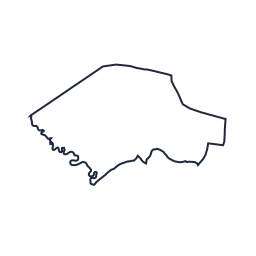 outline of Yalimo, Papua, Indonesia, rotated 207°
{"feature_id": "22746128B10188501962211", "entity_name": "Yalimo", "entity_type": "district", "adm_level": 2, "iso_a3": "IDN", "parent_name": "Indonesia", "parent_adm1": "Papua", "projection": "orthographic", "projection_center": [139.502, -3.785], "detail": "fine", "context": "isolated", "style": "outline", "palette": "slate", "viewbox_px": 256, "rotation_deg": 207, "n_neighbors": 0, "source": "geoboundaries", "source_scale": "gbopen_adm2", "svg_char_len": 3595}
<svg xmlns="http://www.w3.org/2000/svg" viewBox="0 0 256 256"><g transform="rotate(207 128 128)"><path d="M133.1,61.9L132.3,62.1L131.7,65.2L129.5,70.4L126.9,76.0L125.6,79.7L123.8,83.4L122.0,85.3L120.5,88.8L119.0,91.8L117.7,93.3L116.5,94.5L113.5,97.7L110.6,99.7L109.8,100.5L107.7,101.9L106.9,104.6L106.6,107.8L104.6,107.0L102.3,106.3L101.1,105.4L99.8,105.0L97.8,104.6L95.8,104.6L96.5,106.6L97.1,108.8L96.4,110.0L95.7,112.3L95.8,114.8L96.1,116.0L96.4,118.3L95.7,120.4L93.8,121.5L92.7,122.7L89.3,123.1L85.9,122.9L85.2,122.7L83.2,121.6L82.4,121.4L81.3,121.1L80.1,120.2L77.6,119.5L77.3,119.5L74.4,119.4L72.9,119.4L70.2,119.7L68.7,120.3L67.0,120.7L66.2,121.1L65.3,121.7L64.4,122.1L63.1,123.3L61.7,124.6L60.1,124.4L58.6,125.5L56.9,126.3L55.4,127.0L54.9,127.2L52.9,128.0L50.6,127.9L48.8,126.7L48.3,129.2L47.0,134.2L46.9,136.1L46.8,139.5L47.4,142.6L47.7,144.6L49.6,150.7L46.7,151.8L45.3,152.3L35.5,155.8L35.9,158.8L36.0,159.5L36.7,161.1L38.3,164.8L38.5,165.2L40.2,168.9L41.0,170.4L41.8,172.3L43.0,175.2L43.6,176.6L44.3,178.3L45.1,180.3L52.7,178.7L57.4,177.8L61.5,176.9L68.1,175.6L69.7,175.2L80.9,173.6L81.4,173.5L83.4,173.6L89.9,174.0L92.9,176.4L95.8,178.8L98.7,181.2L101.6,183.3L105.0,185.5L106.2,186.3L110.4,189.5L113.2,194.5L117.6,193.7L130.9,190.5L137.7,188.8L139.8,187.7L142.3,187.0L145.7,186.0L145.9,185.9L147.7,185.4L154.2,184.2L160.5,181.8L166.6,179.4L167.6,179.0L169.8,177.4L170.5,176.9L172.8,175.3L174.3,174.3L178.2,171.5L179.5,169.3L180.4,167.6L183.5,162.0L184.6,160.0L185.2,158.9L186.3,156.9L187.1,155.4L194.3,142.4L196.1,139.2L198.3,135.1L205.6,121.8L209.5,114.7L218.6,98.3L220.4,95.1L220.5,94.7L220.4,94.8L220.2,94.9L219.9,94.9L219.7,94.8L219.6,94.6L219.4,94.4L219.4,94.2L219.3,93.9L219.3,93.7L219.2,93.4L218.9,93.0L218.7,92.6L218.5,92.3L218.2,91.8L218.1,91.7L217.7,91.5L217.4,91.1L217.3,90.9L217.1,90.7L216.7,90.2L216.3,89.6L215.9,88.9L215.6,88.4L215.1,87.8L214.5,87.3L214.1,87.1L213.5,87.1L212.7,87.1L210.6,88.3L208.8,87.5L207.7,86.2L206.1,85.6L204.6,86.2L203.4,87.4L201.8,87.4L201.6,86.6L202.7,85.6L203.0,83.9L202.4,83.4L200.9,83.4L199.8,83.6L198.5,83.8L197.0,83.2L195.9,82.8L194.6,82.1L193.5,82.5L192.7,83.5L191.9,83.9L192.0,83.0L192.2,81.7L191.5,81.2L190.2,80.8L189.2,80.5L190.6,79.5L189.8,78.4L189.6,78.5L188.7,79.0L187.7,79.5L186.6,78.2L186.4,76.6L186.0,75.4L184.9,74.5L184.0,74.8L183.2,76.0L182.8,77.5L182.0,78.6L180.9,78.5L179.7,77.1L178.8,76.1L177.8,75.7L176.5,76.2L176.2,77.4L177.1,78.8L177.7,80.3L176.1,81.3L174.6,79.8L174.4,77.4L173.4,75.9L171.8,76.1L170.3,77.6L170.2,77.8L169.0,80.0L168.6,80.4L167.6,81.2L166.2,81.4L164.5,80.7L164.2,80.3L163.3,79.4L160.3,80.4L159.2,79.5L158.4,78.1L158.2,76.9L158.8,75.8L159.9,75.0L161.5,74.6L162.9,73.9L163.7,73.3L163.8,73.1L164.2,72.0L163.6,70.7L162.9,69.9L161.6,69.6L160.5,69.8L159.2,70.4L157.8,71.2L156.6,72.3L155.5,73.7L154.7,74.8L154.0,75.7L153.3,76.9L152.7,77.2L151.3,77.8L150.0,77.8L148.3,77.0L147.0,75.9L145.7,75.5L144.3,75.1L142.6,74.3L142.1,74.1L141.9,73.8L141.6,73.4L141.5,73.1L141.5,72.7L141.6,72.1L141.8,71.6L141.9,71.0L142.1,70.4L142.1,69.7L141.9,69.0L141.6,68.5L141.2,68.2L140.8,68.0L140.0,67.8L139.4,67.9L138.9,68.1L138.3,68.5L137.9,69.0L137.4,69.7L137.2,70.6L137.4,71.5L137.5,71.8L137.7,72.3L137.8,72.8L137.7,73.3L137.2,73.9L136.3,74.3L135.8,74.1L135.4,73.7L135.2,73.1L135.1,72.4L135.0,71.8L134.9,71.5L134.6,70.7L134.3,70.0L134.3,69.2L134.7,68.5L135.2,68.1L135.7,67.8L136.4,67.6L137.2,67.4L137.9,66.8L138.3,66.1L138.3,65.3L138.1,64.6L137.6,63.9L137.2,63.4L137.0,63.1L136.7,62.5L136.5,62.1L136.2,61.8L135.5,61.5L134.9,61.5L134.2,61.6L133.5,61.7L133.5,61.8L133.1,61.9Z" fill="none" stroke="#1e293b" stroke-width="2"/></g></svg>